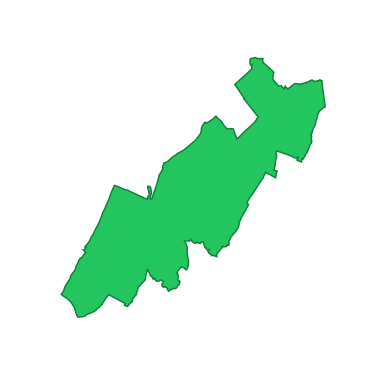 Dumbrava, Mehedinti, Romania (Albers equal-area conic projection), rotated 131°
{"feature_id": "2599482B40302132700560", "entity_name": "Dumbrava", "entity_type": "district", "adm_level": 2, "iso_a3": "ROU", "parent_name": "Romania", "parent_adm1": "Mehedinti", "projection": "albers", "projection_center": [23.169, 44.518], "detail": "fine", "context": "isolated", "style": "filled", "palette": "green", "viewbox_px": 384, "rotation_deg": 131, "n_neighbors": 0, "source": "geoboundaries", "source_scale": "gbopen_adm2", "svg_char_len": 6027}
<svg xmlns="http://www.w3.org/2000/svg" viewBox="0 0 384 384"><g transform="rotate(131 192 192)"><path d="M355.1,223.5L355.0,220.4L354.3,217.0L354.4,212.7L354.6,210.8L355.5,207.9L356.0,205.8L360.4,198.5L360.9,197.5L361.2,196.5L361.2,196.3L361.0,195.6L360.6,195.2L360.0,194.9L358.9,193.5L358.1,193.1L357.8,192.7L355.4,191.2L354.6,191.3L354.0,191.2L351.9,190.3L350.9,189.6L350.4,189.1L349.7,189.0L346.2,187.4L344.1,187.0L342.4,187.0L340.6,186.4L339.5,186.4L335.8,186.0L334.3,186.6L331.5,186.8L330.1,187.0L328.5,187.5L327.1,187.3L324.3,187.6L324.0,187.1L320.0,169.2L321.8,168.8L320.9,165.7L318.8,165.4L317.8,165.7L315.3,165.4L314.5,165.5L314.0,165.2L312.3,166.3L311.7,166.5L307.5,166.8L305.7,166.8L304.8,167.6L302.7,168.3L299.0,170.2L297.2,169.7L295.9,169.9L288.6,169.7L285.4,172.1L281.9,173.7L280.7,174.6L279.6,174.9L279.5,174.6L279.6,174.1L280.5,172.8L280.8,171.7L281.4,170.0L282.6,168.2L282.0,167.0L283.2,164.5L282.8,163.7L281.7,163.8L281.5,163.6L282.4,161.9L282.7,161.1L282.5,160.9L282.2,159.9L281.6,159.1L281.2,158.6L280.3,158.5L279.2,158.0L278.5,157.3L278.7,156.0L278.7,154.9L279.0,154.5L279.9,154.0L280.8,154.2L281.4,154.1L282.8,152.9L282.6,152.1L282.6,151.2L282.4,150.7L281.1,150.4L281.0,147.6L282.3,144.7L282.1,144.5L281.3,144.2L280.5,144.2L277.0,142.6L276.6,142.3L275.7,141.1L275.1,140.9L273.0,141.0L271.6,141.5L270.6,141.0L269.7,141.1L269.2,141.5L267.7,142.1L267.2,142.9L267.9,143.8L267.9,144.3L267.4,145.1L264.0,147.8L263.5,148.7L262.9,149.2L263.2,149.6L263.0,149.9L262.6,150.4L262.1,150.7L261.0,150.9L260.3,150.8L256.7,151.2L256.2,151.1L255.9,150.8L255.8,150.2L255.3,150.1L255.1,149.7L254.6,148.7L254.5,147.1L254.7,146.3L254.3,145.2L252.7,145.5L249.9,146.6L248.0,147.9L245.5,150.2L244.6,151.8L240.1,156.8L236.9,159.1L234.5,163.5L233.9,165.5L232.0,163.7L231.1,161.9L229.3,161.4L228.8,161.7L228.8,160.1L229.0,160.0L229.3,159.5L229.3,158.6L229.2,157.6L228.5,155.5L227.0,155.7L226.2,153.5L225.4,152.0L224.9,151.9L223.3,152.2L222.5,150.9L225.4,145.5L224.9,145.0L225.6,144.4L225.7,143.3L225.6,142.0L225.3,141.6L223.7,141.0L223.8,140.9L225.0,141.3L225.3,141.1L226.2,141.2L226.4,140.9L226.5,140.4L226.8,140.0L226.8,139.2L227.0,139.1L226.8,136.2L227.2,135.7L227.1,135.4L226.2,135.0L225.8,133.8L224.4,130.9L223.4,132.3L222.9,132.2L221.8,132.7L214.1,132.7L213.9,132.7L214.0,133.0L213.7,133.4L212.6,132.8L212.3,131.8L210.9,130.4L209.0,130.3L208.9,130.7L208.6,130.8L208.1,129.3L206.6,130.2L204.8,131.9L202.1,132.5L200.4,133.2L199.2,133.0L196.8,133.3L194.9,133.0L188.1,133.8L185.6,135.2L184.4,136.3L183.7,136.3L179.1,138.0L177.2,138.3L176.1,138.7L173.5,139.0L170.0,139.7L164.3,141.1L164.4,142.7L164.2,143.4L163.5,143.8L157.7,144.8L151.3,145.3L138.5,147.3L135.0,147.5L133.2,148.2L130.3,148.8L128.9,149.3L128.0,145.3L127.6,144.7L127.5,143.3L127.2,142.6L127.3,142.1L127.0,140.5L126.3,138.2L123.0,140.3L123.2,140.5L122.9,140.8L121.3,141.0L120.4,141.3L121.7,144.8L121.5,145.1L121.1,144.9L120.3,145.1L119.8,145.5L116.7,147.2L112.8,150.0L110.8,150.8L110.2,150.9L109.5,151.5L108.9,152.5L108.4,152.8L107.7,154.1L106.4,154.9L105.6,155.0L102.6,148.4L102.5,147.8L102.5,147.1L102.1,147.0L101.5,145.9L101.3,145.3L101.3,144.7L101.1,143.8L99.6,140.6L99.3,138.0L98.9,136.9L97.9,135.7L97.0,135.6L96.5,135.3L96.2,134.7L99.0,133.8L98.8,132.5L97.6,129.2L94.5,130.7L94.4,129.8L93.8,130.0L91.1,130.2L90.4,130.7L86.1,131.3L78.8,133.9L77.0,134.0L75.0,135.0L73.5,136.9L72.7,137.7L72.0,137.8L71.5,138.2L71.2,138.9L71.3,139.4L71.1,139.8L69.8,139.9L67.7,140.7L66.6,141.3L63.4,142.4L61.6,142.7L60.2,143.2L56.5,145.4L53.5,146.5L52.6,147.0L52.4,147.4L51.5,147.7L48.9,148.4L47.8,148.8L47.0,148.8L46.1,148.6L43.7,148.4L40.2,147.4L28.0,161.5L26.3,163.4L24.5,165.0L23.8,166.1L22.8,166.9L23.1,167.3L23.2,168.1L23.5,168.4L23.4,168.9L23.6,169.2L24.6,169.3L25.5,169.8L25.9,170.5L26.3,170.5L27.8,171.6L28.1,172.2L28.3,172.3L28.2,172.5L28.4,173.1L28.3,173.6L28.7,174.7L29.9,175.6L30.4,175.6L31.1,176.1L31.9,176.2L36.0,178.6L38.2,180.1L38.5,179.9L39.1,180.5L39.1,180.9L39.8,181.2L40.5,181.9L40.6,182.8L42.8,185.6L51.3,187.3L51.2,189.0L51.4,189.4L51.0,191.0L53.5,190.2L53.4,191.1L53.7,191.2L53.3,194.6L54.3,195.3L55.3,196.8L54.6,198.9L54.3,203.1L53.9,204.7L53.7,205.3L52.7,206.1L48.9,208.4L47.9,208.8L47.6,217.2L47.6,222.7L47.1,224.2L45.9,225.3L44.7,226.0L48.5,230.3L48.8,232.0L49.1,232.6L53.1,235.4L55.1,234.3L56.0,233.4L57.9,231.1L56.7,230.3L60.0,227.6L82.8,230.2L83.5,227.1L87.0,214.3L86.9,214.3L87.1,213.5L87.3,213.2L87.7,213.6L92.0,191.2L93.1,191.1L94.0,191.3L95.7,190.7L98.7,190.6L104.8,191.1L110.6,191.9L120.9,192.6L121.7,193.1L122.3,193.0L120.5,196.7L119.5,198.3L117.3,202.3L117.7,203.2L119.9,205.2L121.3,207.5L121.2,208.8L120.9,210.9L120.3,213.5L119.8,214.4L119.4,216.5L119.4,217.5L119.5,217.9L119.4,218.7L119.4,221.6L119.0,223.7L121.2,224.2L122.8,223.9L123.6,224.1L124.2,224.4L129.7,225.9L130.7,226.3L130.5,227.9L133.2,227.9L135.0,227.7L137.6,226.7L140.1,224.9L141.8,224.2L143.2,223.8L150.6,223.3L165.9,225.7L172.7,228.4L173.9,228.4L178.0,229.6L181.6,229.9L185.9,230.7L187.2,231.3L188.4,232.2L191.2,231.3L193.8,229.4L195.1,228.8L201.2,227.8L203.1,226.5L212.6,222.2L223.9,217.8L224.6,218.9L224.4,219.3L223.5,220.0L219.5,221.9L218.9,222.4L218.0,223.3L217.2,224.5L216.3,225.4L215.3,227.3L216.2,228.1L216.7,229.2L217.7,228.3L218.5,227.1L219.0,226.7L219.5,225.3L220.6,224.3L220.9,223.8L221.9,222.6L222.6,222.3L224.1,222.4L224.7,222.2L227.1,221.0L228.3,226.1L228.8,227.1L230.1,231.7L230.5,233.7L232.1,238.6L232.8,241.8L234.2,244.3L237.5,254.2L237.9,254.7L238.2,254.8L245.9,252.4L251.4,250.2L256.6,248.5L258.9,247.9L262.0,246.7L265.9,245.9L268.6,244.7L271.0,243.9L273.1,243.0L278.2,241.5L285.5,239.9L288.4,238.9L290.2,238.8L290.7,238.5L292.3,238.5L295.9,237.3L299.4,236.9L302.1,236.9L302.4,236.6L303.8,236.8L303.7,235.7L304.9,235.6L306.4,235.1L306.8,235.7L306.8,235.4L306.4,235.1L307.2,234.5L307.6,233.8L307.3,232.6L310.7,232.5L313.6,232.0L315.3,232.9L318.0,232.6L319.7,231.8L324.1,230.7L326.5,229.4L328.8,229.0L334.1,228.7L335.3,228.3L336.7,227.3L346.2,225.9L348.1,225.3L350.8,224.0L352.5,223.9L355.1,223.5Z" fill="#22c55e" stroke="#15803d" stroke-width="1.5"/></g></svg>